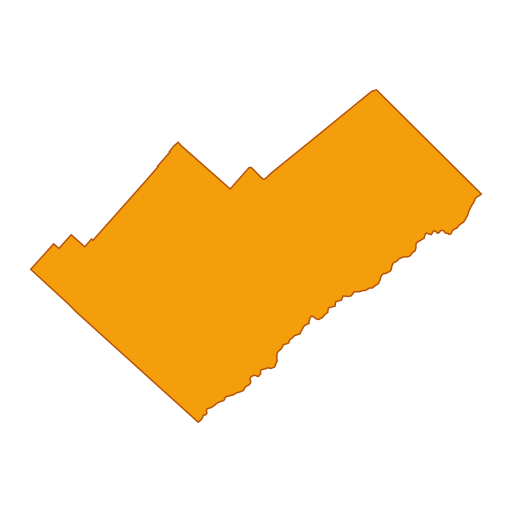 San Miguel, Buenos Aires, Argentina (Mercator projection)
{"feature_id": "61730980B42310570317073", "entity_name": "San Miguel", "entity_type": "district", "adm_level": 2, "iso_a3": "ARG", "parent_name": "Argentina", "parent_adm1": "Buenos Aires", "projection": "mercator", "projection_center": [-58.67, -34.554], "detail": "fine", "context": "isolated", "style": "filled", "palette": "amber", "viewbox_px": 512, "rotation_deg": 0, "n_neighbors": 0, "source": "geoboundaries", "source_scale": "gbopen_adm2", "svg_char_len": 3335}
<svg xmlns="http://www.w3.org/2000/svg" viewBox="0 0 512 512"><path d="M33.0,266.8L30.7,269.3L69.3,304.8L75.5,311.3L141.1,370.6L198.1,422.1L198.7,421.8L199.9,421.0L200.5,420.3L201.0,419.8L201.5,419.3L201.9,418.5L202.5,417.6L202.8,416.8L203.4,415.1L205.5,414.9L206.2,414.5L206.8,413.4L206.8,412.3L206.4,411.4L206.9,409.0L207.7,408.6L210.8,407.7L211.6,407.2L214.2,405.7L215.3,404.5L216.9,403.3L218.7,402.3L219.9,401.8L221.6,401.3L222.7,400.9L223.7,400.5L224.4,399.7L224.7,398.9L225.1,397.6L226.6,396.5L228.2,396.2L229.5,395.8L230.9,395.4L232.3,395.0L233.6,394.7L234.2,394.4L234.7,394.0L235.8,393.1L237.5,392.5L238.5,392.4L239.5,392.0L240.4,391.7L241.6,391.4L243.1,390.6L243.5,390.1L244.0,389.3L244.8,387.8L245.8,386.7L246.4,386.1L247.1,385.9L248.0,385.4L248.9,384.9L249.8,383.9L250.5,382.9L250.8,381.2L250.2,379.9L249.9,379.1L250.3,377.9L251.1,376.8L252.6,375.8L253.5,375.5L255.7,375.4L256.4,375.8L257.3,376.4L258.7,376.3L260.7,373.7L260.6,372.6L260.5,371.3L261.0,370.2L261.8,369.6L262.7,369.4L264.7,369.0L268.5,367.7L269.7,368.2L270.7,368.5L272.1,368.0L274.9,366.8L275.1,366.1L275.5,364.8L275.8,363.9L276.2,363.0L277.2,360.9L276.8,358.6L276.8,357.0L277.1,353.3L278.2,351.5L280.1,349.9L281.7,348.1L282.2,347.3L283.3,344.8L284.1,344.5L287.0,343.7L288.5,343.0L288.9,342.3L289.1,341.6L289.7,339.9L291.1,338.8L292.5,337.7L293.0,337.2L293.6,336.5L295.0,335.4L296.5,335.0L298.0,334.4L299.4,334.1L300.4,333.4L300.7,332.4L301.0,331.2L301.8,330.1L302.5,329.0L303.2,327.4L304.0,326.2L304.5,325.8L305.9,324.9L307.2,324.0L308.8,323.7L309.2,321.0L309.8,318.5L311.3,316.2L312.4,316.3L313.4,316.8L316.1,318.9L318.8,319.5L322.7,317.3L325.3,314.1L327.8,312.4L328.0,309.7L328.6,307.9L335.1,306.0L335.3,304.1L335.8,301.7L341.3,300.2L343.2,295.9L348.4,296.5L351.2,295.8L352.4,294.3L354.3,291.7L359.0,291.8L360.4,291.4L362.8,290.5L365.2,290.5L369.8,288.0L372.3,288.0L373.4,287.2L374.5,285.9L375.3,285.6L376.9,284.6L377.8,284.0L378.6,283.1L379.5,281.1L380.3,279.6L380.4,278.4L381.2,275.8L382.5,274.5L383.7,273.4L385.1,273.6L386.1,273.4L387.3,272.5L388.5,272.0L390.0,271.4L391.2,269.8L391.4,268.8L391.6,267.3L392.0,265.5L393.3,263.0L394.4,262.3L395.9,261.6L396.6,261.3L397.6,260.4L398.1,259.5L399.4,258.5L401.8,257.7L402.8,257.2L403.5,256.7L406.4,256.9L408.0,256.8L410.1,255.7L411.3,254.4L411.6,253.8L412.6,252.5L413.7,251.8L415.1,250.7L415.9,248.1L415.9,246.1L415.9,245.1L416.3,243.2L418.0,241.6L419.6,241.0L421.4,239.8L422.3,239.2L424.1,238.2L424.7,236.0L425.1,234.6L426.0,233.3L426.9,233.1L428.7,234.0L431.4,234.5L432.0,233.6L432.3,232.7L433.7,231.0L434.6,230.7L436.2,231.8L436.9,232.8L438.0,233.3L439.4,232.2L440.0,231.4L441.0,230.4L443.4,230.5L444.1,231.6L445.7,233.2L447.8,233.4L448.9,234.4L451.0,233.8L451.4,233.0L452.3,230.9L453.6,229.7L454.8,228.9L455.5,228.6L457.1,228.0L458.0,226.7L458.9,225.4L460.0,224.4L460.8,223.9L462.8,222.6L463.8,221.8L465.2,219.6L467.7,215.1L468.2,213.1L469.0,210.8L470.2,208.5L471.7,205.2L472.9,203.7L474.4,201.0L475.0,199.2L476.5,197.2L479.5,195.5L481.3,194.0L376.5,89.9L371.7,91.3L310.2,141.5L272.0,172.4L265.2,178.7L263.7,179.1L262.4,178.7L251.5,167.7L250.3,167.4L249.0,167.7L230.2,189.0L180.9,145.4L178.2,142.3L174.2,145.7L169.3,151.7L169.8,152.2L157.5,166.3L158.0,166.8L145.1,181.6L93.0,240.3L91.5,239.0L84.8,246.8L71.2,234.8L58.9,248.5L53.7,243.8L33.0,266.8Z" fill="#f59e0b" stroke="#b45309" stroke-width="1.5"/></svg>